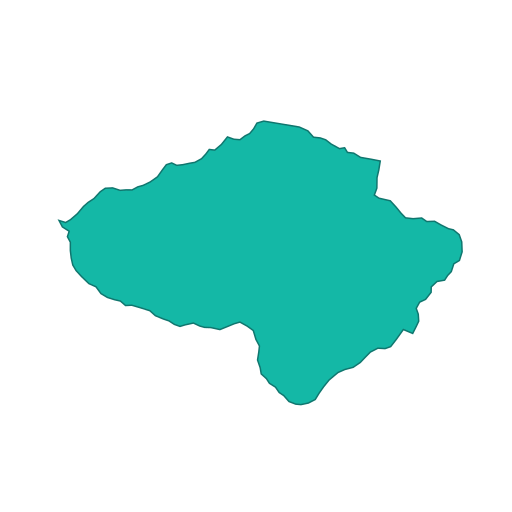 outline of Flora Rica, São Paulo, Brazil, rotated 13°
{"feature_id": "56859067B38081573660902", "entity_name": "Flora Rica", "entity_type": "district", "adm_level": 2, "iso_a3": "BRA", "parent_name": "Brazil", "parent_adm1": "São Paulo", "projection": "albers", "projection_center": [-51.376, -21.702], "detail": "fine", "context": "isolated", "style": "filled", "palette": "teal", "viewbox_px": 512, "rotation_deg": 13, "n_neighbors": 0, "source": "geoboundaries", "source_scale": "gbopen_adm2", "svg_char_len": 1963}
<svg xmlns="http://www.w3.org/2000/svg" viewBox="0 0 512 512"><g transform="rotate(13 256 256)"><path d="M237.4,335.8L244.8,330.6L250.0,326.9L255.2,324.0L263.2,326.3L270.1,329.2L274.7,337.3L279.6,342.9L280.3,348.7L280.9,357.0L285.2,363.9L287.6,369.7L293.8,373.2L297.7,377.0L304.5,379.4L309.3,383.8L314.5,385.8L320.9,390.4L328.0,391.4L333.2,390.7L340.1,387.5L346.0,382.5L348.3,375.6L351.3,368.2L355.1,360.4L358.6,355.7L362.1,351.1L368.1,346.6L375.7,342.6L381.6,336.2L385.2,330.1L389.0,323.9L395.5,318.4L402.6,317.2L407.6,314.0L411.5,305.6L416.1,294.5L426.1,296.2L428.0,288.5L429.2,282.9L427.2,276.2L423.9,271.0L425.8,264.2L431.0,260.1L434.8,252.0L433.7,246.7L438.1,240.1L445.2,237.1L447.1,231.9L449.8,227.3L450.5,219.1L455.2,214.6L455.9,205.6L453.3,196.0L449.2,189.5L442.4,186.1L437.4,186.1L429.2,184.1L422.2,182.0L414.6,184.0L408.9,181.7L400.7,184.3L393.1,185.2L387.6,181.6L381.4,176.8L374.4,172.0L362.7,172.0L357.6,170.0L358.5,162.7L356.3,152.5L356.3,144.6L355.7,135.5L346.6,135.8L335.7,136.4L328.1,133.8L321.8,134.5L318.0,130.6L313.2,132.6L304.0,130.0L297.8,127.1L292.0,126.5L285.3,127.3L278.4,122.4L269.2,120.6L233.2,122.8L227.0,126.3L225.1,132.6L222.3,138.1L218.3,141.4L214.2,146.3L208.2,147.2L201.4,146.4L197.2,155.1L192.0,162.1L186.5,162.7L184.2,167.9L181.1,173.4L175.4,178.5L170.6,180.5L164.1,183.5L158.4,185.5L152.9,184.3L148.1,187.2L145.5,193.0L142.2,201.0L136.2,207.7L130.1,212.6L125.3,215.2L120.4,219.5L114.5,220.8L108.8,222.6L101.0,221.9L93.9,223.9L89.8,228.4L85.2,236.5L80.4,241.5L76.8,246.5L72.5,254.9L67.1,262.3L63.0,266.2L56.1,265.7L60.8,271.2L68.4,273.9L67.9,279.6L72.0,284.3L73.9,292.5L76.4,299.5L79.5,306.0L84.0,310.7L90.7,315.3L99.4,320.5L107.0,322.0L113.4,327.5L120.5,329.8L127.9,330.4L134.0,330.4L140.0,333.6L146.0,331.9L154.7,332.4L164.9,333.2L171.4,336.8L179.8,338.2L185.8,338.8L191.8,341.0L197.8,341.7L202.3,339.1L210.1,335.4L217.0,336.9L222.0,337.1L228.1,335.9L237.4,335.8Z" fill="#14b8a6" stroke="#0f766e" stroke-width="1.5"/></g></svg>